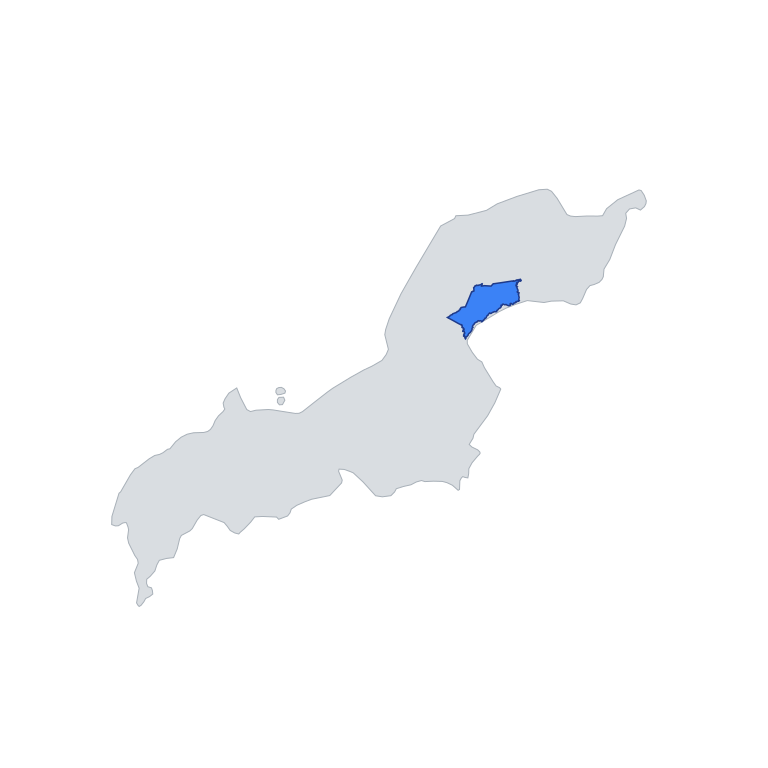 Ntcheu, Ntcheu, Malawi (highlighted), rotated 247°
{"feature_id": "42251766B4706820893431", "entity_name": "Ntcheu", "entity_type": "district", "adm_level": 2, "iso_a3": "MWI", "parent_name": "Malawi", "parent_adm1": "Ntcheu", "projection": "orthographic", "projection_center": [34.638, -14.817], "detail": "fine", "context": "in_parent", "style": "filled", "palette": "blue", "viewbox_px": 768, "rotation_deg": 247, "n_neighbors": 0, "source": "geoboundaries", "source_scale": "gbopen_adm2", "svg_char_len": 8362}
<svg xmlns="http://www.w3.org/2000/svg" viewBox="0 0 768 768"><g transform="rotate(247 384 384)"><path d="M299.3,444.7L295.1,438.8L291.6,440.3L286.8,444.5L284.2,445.6L282.8,445.5L282.0,444.5L280.9,441.8L277.1,434.3L272.9,429.0L268.4,426.9L264.8,424.5L266.4,422.0L268.0,420.3L267.3,418.5L265.3,416.0L257.4,412.3L257.2,410.7L264.1,407.4L268.5,403.5L271.5,399.7L275.2,391.6L278.2,383.5L280.5,380.8L281.2,375.5L280.7,369.4L282.1,361.7L282.8,354.4L280.5,351.6L278.5,346.7L280.8,338.4L284.4,332.6L301.9,326.5L314.2,321.0L316.7,318.6L320.9,314.0L323.2,309.4L321.5,308.1L311.9,308.0L309.5,306.3L302.5,290.5L306.2,272.3L306.5,265.1L306.4,256.3L305.1,249.8L302.1,247.1L300.2,243.7L300.6,234.2L303.5,233.1L309.5,220.5L312.2,213.1L308.9,207.2L305.3,198.8L303.6,193.5L302.7,191.7L305.2,188.4L309.3,185.2L314.0,184.2L318.9,182.7L334.3,167.0L334.5,164.0L331.7,158.8L325.8,151.0L324.6,147.8L323.8,138.3L321.5,135.5L313.0,129.2L306.4,122.5L308.4,115.7L309.5,108.3L306.2,104.2L301.4,100.0L298.4,93.8L297.0,89.3L293.2,87.5L289.7,87.4L287.2,90.3L284.4,90.1L281.0,89.1L279.9,85.1L279.7,80.8L277.4,77.9L275.2,73.9L274.9,71.7L276.3,71.1L279.2,70.7L291.7,78.8L299.3,79.1L307.8,80.5L315.0,87.7L318.8,88.6L323.5,87.6L337.2,86.8L342.6,87.8L349.7,92.0L352.5,92.5L356.9,92.7L357.6,91.6L358.1,89.1L357.3,84.1L358.3,81.3L361.0,78.4L368.4,81.8L387.0,97.4L387.6,99.4L399.4,115.0L403.3,121.6L403.3,125.0L406.9,138.6L407.8,145.0L406.9,149.8L407.1,153.7L408.5,159.2L408.0,161.6L412.3,169.7L414.3,176.6L414.7,183.2L413.5,189.7L409.8,199.2L409.2,203.1L410.0,206.5L412.4,210.3L416.4,214.4L419.4,219.3L421.5,225.1L423.2,227.7L425.3,227.6L429.3,228.5L432.5,231.9L436.2,237.6L437.4,244.1L437.9,246.9L427.4,246.7L414.1,247.7L410.8,250.3L409.9,255.9L405.7,267.6L403.4,271.9L398.5,279.7L391.6,290.8L390.2,294.4L390.4,298.1L394.5,313.1L398.7,328.9L400.1,335.1L403.2,356.1L404.8,370.9L405.1,379.6L406.5,391.3L410.3,397.6L414.2,401.6L429.1,404.0L433.6,406.9L442.0,414.3L460.4,434.9L470.5,448.1L479.3,459.7L495.1,481.2L507.3,497.9L508.7,513.6L510.8,515.9L506.6,527.4L503.8,546.2L505.6,558.6L504.7,579.8L502.3,602.4L499.5,610.4L495.9,613.5L487.3,615.9L468.5,618.6L465.7,621.3L463.3,625.6L459.5,636.0L455.0,646.5L453.5,651.0L454.4,652.1L458.4,657.4L462.3,671.1L463.0,694.5L461.6,696.3L456.1,697.3L450.1,697.0L447.7,695.6L445.5,693.0L443.9,688.0L447.8,684.5L449.2,678.4L446.7,673.2L441.7,672.0L435.3,667.2L421.8,651.5L410.4,640.5L403.8,631.4L397.1,627.8L395.1,625.5L393.5,621.7L393.5,616.1L394.1,612.0L391.9,607.4L385.1,600.3L382.0,596.4L381.8,591.7L384.7,587.1L390.5,581.6L394.9,570.4L396.5,563.1L404.8,548.5L405.9,535.8L406.1,525.7L405.6,518.1L403.4,502.5L402.0,491.8L391.7,477.7L388.4,476.4L378.7,477.6L370.3,479.7L366.1,482.7L359.9,482.8L343.5,485.3L338.4,486.4L335.4,489.0L333.7,489.5L323.4,478.7L314.3,467.0L302.6,447.1L299.3,444.7ZM418.8,290.0L416.0,290.6L414.3,289.2L414.7,284.9L415.7,281.7L418.5,281.2L420.4,282.1L421.7,283.5L421.8,285.8L421.0,288.2L418.8,290.0ZM412.7,282.1L411.1,286.4L407.8,286.4L404.7,282.5L405.7,279.6L408.7,278.7L411.3,279.8L412.7,282.1Z" fill="#d9dde1" stroke="#a8b0b8" stroke-width="1"/><path d="M438.7,506.1L438.3,505.7L438.1,505.2L437.7,504.6L437.6,504.2L437.2,504.2L436.8,503.9L436.4,503.8L436.2,503.8L435.7,503.6L434.9,503.3L434.4,503.0L434.4,502.8L434.7,502.0L434.5,501.7L434.4,501.4L434.6,500.7L432.1,498.2L430.1,496.2L426.2,492.2L423.2,489.1L423.7,487.5L424.3,484.9L424.1,484.5L423.9,484.4L423.5,483.9L423.6,483.6L423.3,483.4L422.8,483.2L422.7,482.9L422.6,482.0L422.3,481.6L422.0,481.3L422.0,480.8L422.1,479.9L421.9,479.8L421.8,479.5L421.9,479.3L421.8,478.7L421.5,478.3L421.6,478.0L421.6,477.5L421.7,476.9L421.7,476.1L421.8,474.8L421.7,474.6L421.2,474.0L421.2,473.8L421.4,473.4L421.3,472.7L421.3,471.8L421.2,471.6L420.7,471.0L420.6,470.6L420.7,470.3L420.5,469.6L420.5,468.5L420.5,468.4L419.4,469.1L418.8,469.7L417.0,471.1L416.3,471.7L410.5,476.2L409.5,477.1L408.7,477.7L408.3,478.0L408.5,478.2L408.4,478.5L408.1,478.7L407.8,478.8L407.5,478.8L407.0,478.5L406.8,478.6L406.6,478.6L406.0,478.3L405.9,478.0L405.8,477.9L405.5,478.0L405.4,478.3L404.7,478.9L404.3,478.6L404.1,478.7L403.9,478.8L403.5,479.2L403.2,479.2L402.8,478.9L403.0,478.4L403.0,478.2L402.7,477.9L401.8,477.1L401.6,477.1L401.4,477.4L401.4,477.6L401.4,477.9L401.3,478.3L401.2,478.4L400.1,478.2L399.5,478.3L399.3,478.2L399.1,478.1L399.0,477.9L399.0,477.6L398.7,477.3L398.6,476.9L398.3,477.0L398.0,477.0L397.7,476.7L397.4,476.2L397.1,476.0L396.8,476.1L396.8,476.3L396.9,476.7L396.9,476.9L395.7,476.9L395.3,476.6L395.0,476.5L393.7,476.6L393.8,476.9L393.9,477.1L394.2,477.3L394.8,477.6L395.2,478.0L395.3,478.3L395.3,478.9L395.4,479.0L395.7,479.8L396.1,480.5L396.6,480.8L397.3,481.8L397.5,482.6L397.7,483.5L398.4,484.5L398.7,485.2L399.3,485.7L399.4,486.1L399.6,486.3L399.8,486.4L400.2,486.5L400.8,486.7L401.0,486.9L401.1,487.1L401.1,487.4L401.2,487.7L401.3,488.0L401.5,488.0L402.4,487.9L402.6,488.0L403.1,488.7L403.4,489.0L403.7,490.2L403.9,490.4L404.2,490.5L404.3,490.7L404.5,491.1L404.5,491.4L404.8,491.7L404.9,492.0L404.8,492.5L404.8,493.0L405.0,493.4L404.8,493.8L404.8,494.4L405.0,494.6L405.4,495.0L405.5,495.4L405.1,496.1L404.9,496.1L404.7,496.3L404.6,496.9L404.6,497.4L404.3,497.9L404.1,498.1L403.2,498.2L403.1,498.4L403.1,498.6L403.1,498.9L403.3,499.2L403.5,499.6L403.8,499.9L403.7,500.4L403.8,500.6L404.2,501.1L404.5,502.0L404.8,502.3L405.0,502.5L404.9,502.6L404.8,502.9L405.1,504.0L405.6,504.4L406.4,505.3L406.7,505.7L406.6,506.5L407.4,507.3L407.8,508.3L408.0,508.6L408.1,508.8L408.1,509.0L407.9,509.3L407.4,509.4L407.2,509.9L407.2,510.7L407.5,511.5L407.4,512.8L407.5,512.8L407.5,513.9L407.4,514.2L407.0,514.6L406.9,514.9L406.7,515.5L406.6,515.9L406.6,516.0L406.9,516.2L407.0,516.2L407.2,516.5L407.4,516.7L407.6,516.7L407.6,517.2L407.8,517.6L407.8,518.0L408.4,518.8L408.5,519.1L408.6,519.9L408.5,520.2L408.7,520.6L408.7,520.9L409.1,521.3L409.2,522.0L410.0,522.4L410.3,522.5L410.6,522.5L410.5,522.8L410.3,523.3L410.3,523.5L411.0,524.0L411.1,524.3L411.0,524.6L410.9,524.9L410.8,525.2L410.3,525.5L409.8,526.0L409.7,526.4L409.6,526.6L409.5,526.8L409.5,527.0L409.6,527.3L409.2,527.8L408.8,527.9L408.4,528.1L408.3,528.3L408.1,528.4L408.0,528.7L407.6,529.0L407.4,529.4L407.2,529.5L407.1,529.8L407.2,530.2L407.0,530.7L407.2,531.2L407.5,531.3L407.8,531.2L408.0,531.3L408.3,531.3L408.6,531.5L408.7,531.8L408.7,532.1L408.1,532.6L407.9,532.8L408.0,532.9L407.5,533.2L407.1,533.5L407.1,533.8L407.0,534.4L407.0,534.5L407.6,535.0L407.6,535.3L407.8,535.5L407.6,535.8L407.4,536.3L407.7,537.1L407.9,537.2L408.0,537.4L407.7,537.4L407.6,537.5L407.8,538.2L407.8,538.5L408.0,538.8L408.1,539.0L407.9,539.4L407.9,539.7L407.6,540.0L407.6,540.4L407.8,540.8L407.9,541.2L408.1,541.2L408.6,541.0L408.8,540.9L409.0,541.0L409.4,541.3L409.6,541.5L410.0,541.6L410.8,542.2L411.3,542.4L411.9,542.3L412.3,542.4L412.6,542.5L413.3,542.8L413.9,542.7L414.0,543.0L414.4,543.1L414.6,543.2L414.7,543.4L414.8,543.7L415.1,543.9L415.3,543.5L415.5,543.4L416.0,542.8L416.3,542.9L416.6,542.7L416.7,542.8L416.8,542.8L416.8,543.1L416.9,543.5L417.6,543.8L418.0,544.0L418.8,544.0L419.0,543.9L419.2,544.0L419.6,543.9L420.2,544.0L420.3,544.1L420.5,544.1L421.4,544.2L421.6,544.0L421.8,544.1L422.0,544.0L422.5,544.1L422.4,544.3L422.6,544.2L422.7,544.3L422.8,544.2L422.9,544.3L423.2,544.2L423.2,544.6L423.7,544.7L423.8,544.8L423.9,544.7L424.0,544.8L424.3,545.0L424.2,545.2L424.1,545.3L423.9,545.6L424.0,545.7L424.8,545.7L424.9,545.8L424.9,546.0L425.4,545.8L425.5,546.0L425.3,546.3L425.3,546.5L425.3,547.2L425.4,547.4L425.6,547.4L425.7,547.5L425.8,547.8L426.0,548.4L425.8,548.8L426.0,549.0L425.9,549.3L425.7,549.5L425.3,549.9L425.4,550.1L425.5,550.3L425.6,550.6L425.9,550.8L426.1,550.6L426.5,550.3L426.9,550.4L427.0,550.4L426.9,549.9L427.1,549.7L427.1,549.4L427.4,549.2L427.2,548.5L427.1,548.3L427.3,547.9L427.6,547.8L427.7,547.5L427.6,547.2L427.9,547.0L427.7,546.5L427.7,546.2L427.8,546.0L427.6,545.8L427.8,545.5L427.7,545.1L427.8,544.6L427.8,544.0L428.0,543.9L428.0,543.7L428.4,543.5L428.4,543.4L428.3,543.1L428.2,542.9L428.3,542.6L428.6,542.5L428.7,542.3L432.0,529.4L432.1,529.1L433.1,525.3L433.6,523.7L432.3,520.8L435.3,514.8L435.7,513.1L435.8,512.8L436.0,512.1L437.8,513.6L438.0,513.5L437.9,512.6L437.6,512.1L437.6,511.8L437.7,511.3L437.8,511.0L437.8,510.5L438.0,510.2L437.9,510.1L437.9,509.2L438.3,508.4L438.6,508.3L438.8,508.0L438.8,507.5L438.6,507.4L438.5,507.1L438.7,506.5L438.6,506.2L438.7,506.1Z" fill="#3b82f6" stroke="#1e3a8a" stroke-width="1.5"/></g></svg>